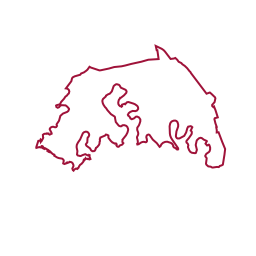 Canada Bay, New South Wales, Australia (Equal Earth projection), rotated 157°
{"feature_id": "25037944B91720609998953", "entity_name": "Canada Bay", "entity_type": "district", "adm_level": 2, "iso_a3": "AUS", "parent_name": "Australia", "parent_adm1": "New South Wales", "projection": "equal_earth", "projection_center": [151.126, -33.849], "detail": "fine", "context": "isolated", "style": "outline", "palette": "rose", "viewbox_px": 256, "rotation_deg": 157, "n_neighbors": 0, "source": "geoboundaries", "source_scale": "gbopen_adm2", "svg_char_len": 5939}
<svg xmlns="http://www.w3.org/2000/svg" viewBox="0 0 256 256"><g transform="rotate(157 128 128)"><path d="M122.4,190.2L130.6,191.8L131.8,192.2L138.5,198.1L139.5,199.4L142.6,197.5L144.2,197.0L146.8,196.4L149.9,196.5L151.1,195.7L157.0,196.4L159.1,196.2L160.1,195.6L161.9,193.2L169.7,188.7L168.3,187.8L167.6,186.2L167.7,184.6L169.0,182.9L170.4,182.5L171.3,181.8L173.4,181.3L175.5,179.9L179.4,178.1L181.1,176.6L182.2,176.5L185.0,176.9L185.4,176.8L185.7,175.3L184.8,174.1L183.3,174.1L181.8,174.9L180.3,175.0L176.6,173.2L175.6,171.4L174.8,168.9L174.9,168.4L176.3,167.0L177.7,166.6L182.2,166.7L185.5,165.6L188.7,161.6L192.0,159.5L192.5,158.9L192.5,157.7L193.7,156.9L194.8,157.1L196.4,158.4L197.4,158.7L198.6,158.7L200.1,158.1L200.6,157.3L200.3,153.6L200.5,152.6L202.7,152.5L203.7,153.8L203.5,154.1L204.1,154.4L204.1,154.2L205.3,154.5L206.7,155.2L207.7,155.3L209.0,155.0L209.8,152.8L209.8,152.2L210.6,151.4L212.4,150.0L212.5,150.2L213.8,149.3L213.6,150.7L212.8,151.4L212.9,151.6L213.7,150.7L215.6,151.2L220.0,146.1L220.1,145.5L217.0,145.1L216.4,144.4L215.8,144.2L214.6,145.1L213.8,144.7L213.6,144.1L214.3,143.3L214.1,143.1L214.4,142.8L213.3,141.5L212.7,142.1L212.4,141.7L212.4,141.9L212.1,141.7L210.2,139.1L211.0,138.3L210.3,137.8L209.7,138.3L209.5,137.9L209.9,137.3L209.6,137.3L209.3,137.5L208.9,136.8L209.5,136.3L209.3,136.1L208.7,136.5L207.5,133.5L206.2,132.2L206.2,131.8L206.7,131.3L204.7,128.5L203.4,127.3L200.7,125.6L200.3,125.1L199.8,123.6L199.9,123.0L201.5,120.7L200.8,119.9L200.6,119.7L197.9,119.5L197.9,120.1L197.6,120.1L197.6,119.5L195.7,119.4L195.1,119.7L194.8,119.4L194.1,119.2L193.2,118.3L192.7,117.1L192.7,115.2L193.1,114.2L195.1,112.4L195.2,110.7L194.8,110.0L193.9,110.6L192.3,111.0L191.9,111.0L191.5,110.6L190.6,110.7L190.4,110.2L190.2,110.3L189.0,110.8L188.2,111.7L186.5,112.8L184.7,113.2L182.5,114.3L181.3,115.2L181.5,115.6L180.9,116.2L180.2,116.2L180.1,115.7L179.9,115.8L179.9,116.2L179.2,116.6L179.3,116.1L178.4,116.0L177.0,115.0L176.7,115.2L175.7,114.1L174.7,114.1L174.5,117.7L174.0,118.0L174.4,118.5L174.9,118.1L175.6,118.4L177.6,120.6L180.4,120.8L182.1,120.7L183.0,120.9L185.0,122.4L185.3,123.5L183.6,126.5L182.9,130.1L182.4,131.3L181.6,132.6L179.7,134.2L176.5,136.2L171.6,140.8L170.2,141.3L168.5,141.2L167.3,140.6L166.5,139.5L166.2,138.0L166.4,136.8L166.9,136.1L167.8,135.3L168.8,135.0L169.3,134.3L171.1,130.7L173.0,129.6L173.3,129.1L173.1,127.7L170.9,124.1L170.7,121.9L169.9,120.6L168.4,120.0L167.4,120.1L166.7,120.6L166.2,121.3L165.7,121.5L165.3,122.2L163.8,122.5L161.3,123.8L160.4,124.7L159.4,126.6L158.9,126.9L158.3,128.8L157.7,129.2L157.2,130.0L152.1,130.0L150.9,130.6L149.9,129.9L149.0,128.8L149.1,128.3L149.7,127.2L149.8,126.4L148.9,122.9L147.9,120.6L147.1,120.0L146.5,118.9L145.2,118.6L144.9,118.2L144.8,117.4L145.4,116.8L145.5,116.5L145.1,115.1L144.4,114.5L143.4,114.5L142.5,115.1L139.7,115.0L138.2,115.9L138.6,116.8L138.6,117.5L138.0,118.4L137.8,119.3L132.6,122.1L130.3,124.0L128.8,125.9L128.3,126.9L128.2,129.1L128.7,130.6L130.2,132.0L131.7,132.6L132.4,132.6L133.2,132.2L134.1,132.4L135.2,133.2L135.7,134.1L136.9,138.3L136.1,142.0L135.8,142.9L135.8,143.7L138.3,147.4L140.0,152.5L140.4,154.8L141.0,156.3L141.5,159.1L141.5,160.8L141.1,162.8L140.6,163.6L139.6,164.5L136.1,165.7L135.6,166.4L133.1,166.8L131.4,166.7L129.2,167.7L128.5,168.1L124.9,172.1L124.0,172.5L122.2,172.9L121.2,172.7L119.5,171.3L119.1,170.4L118.8,167.9L115.4,164.2L115.0,163.2L115.1,162.0L115.9,161.0L119.0,159.6L122.9,158.6L123.4,158.8L123.6,158.4L125.2,157.7L126.3,156.4L127.1,155.1L127.5,153.8L127.4,152.6L126.8,151.2L126.0,150.7L125.7,150.1L125.0,150.3L125.0,151.2L124.4,151.8L121.5,151.6L121.3,151.0L118.8,152.1L117.4,151.7L113.4,148.3L112.2,147.0L111.0,145.0L110.7,144.1L110.7,143.0L111.2,141.6L112.8,140.6L114.5,140.6L117.1,141.9L119.7,141.9L121.5,141.4L123.0,140.2L123.0,139.3L122.4,138.4L121.9,136.6L122.1,135.9L121.1,134.6L118.8,134.5L116.3,135.3L115.2,135.0L113.8,133.5L113.3,131.1L114.0,129.4L115.7,127.4L117.0,126.1L119.3,124.7L120.0,123.3L120.3,122.4L120.4,120.1L120.8,118.7L121.4,117.8L123.3,116.1L123.6,115.1L123.9,113.0L124.3,111.6L125.0,110.1L125.8,109.8L125.8,109.3L125.3,109.4L125.0,109.0L124.6,108.9L121.7,109.5L120.3,109.5L118.8,109.1L117.2,107.9L116.5,107.9L115.6,108.6L115.0,110.5L114.8,112.2L114.2,113.3L112.9,114.1L111.5,113.9L110.9,113.2L109.7,107.6L107.4,102.8L106.3,98.3L105.3,98.5L103.7,99.9L101.6,100.7L99.3,100.7L97.3,100.1L94.3,97.5L94.0,96.8L93.6,96.5L93.2,94.3L93.6,93.3L93.3,92.2L92.2,91.0L91.3,89.1L90.5,88.7L90.0,89.0L89.8,89.9L91.8,99.7L92.2,102.2L92.1,104.6L91.6,106.6L89.0,113.4L87.3,115.8L85.9,116.7L84.7,117.0L83.0,116.9L81.5,116.3L80.7,115.5L80.2,114.3L80.2,113.3L80.5,111.4L81.3,109.7L84.7,106.0L86.8,102.4L87.2,101.4L87.2,100.6L87.0,99.7L86.5,99.0L84.7,98.3L79.3,98.8L76.2,101.2L73.5,104.6L72.1,105.7L69.6,105.2L68.9,104.5L68.5,103.6L71.3,101.1L70.9,100.4L70.8,99.5L71.3,98.3L72.0,97.4L76.0,94.9L79.0,93.4L79.6,92.7L79.8,91.7L79.2,90.5L79.1,89.5L79.3,88.3L80.1,87.4L80.3,86.8L80.4,83.8L80.0,81.8L79.4,80.9L78.8,80.2L76.1,78.6L75.2,78.6L73.1,81.0L72.3,85.9L69.9,89.3L69.0,90.0L66.6,90.8L65.2,90.7L64.1,90.0L62.8,87.7L60.6,85.3L60.6,85.0L62.8,83.3L62.0,81.0L60.1,81.1L59.9,80.7L59.8,80.3L60.0,78.0L60.7,76.3L61.9,74.8L62.8,74.3L66.0,73.6L67.7,72.3L67.9,71.6L67.4,69.8L67.5,69.2L70.1,64.8L70.2,64.2L70.1,63.4L69.1,61.3L67.0,60.1L66.1,58.9L65.5,58.5L61.3,57.4L59.8,56.6L59.2,56.7L58.4,57.2L56.4,57.0L55.0,57.2L49.6,65.8L46.8,70.7L46.7,78.7L46.3,88.7L48.1,89.2L47.1,91.4L46.5,94.3L45.9,94.3L45.7,98.1L45.0,102.4L44.3,103.1L41.2,102.7L40.5,110.3L40.4,114.2L41.3,113.9L41.9,115.4L41.5,116.4L38.2,118.0L36.0,121.1L35.9,122.2L37.8,126.7L38.8,128.7L42.3,128.9L48.6,154.0L48.7,155.3L49.1,156.0L50.2,160.0L51.5,163.0L53.1,165.5L53.5,166.9L55.5,169.2L56.0,171.5L57.1,174.0L58.5,174.0L61.8,174.9L64.1,183.9L64.8,185.8L66.0,187.7L70.4,192.7L71.2,188.4L70.6,188.1L72.9,179.5L82.6,182.9L89.8,183.8L99.9,185.7L106.1,186.6L109.8,187.3L116.9,189.5L122.4,190.2Z" fill="none" stroke="#9f1239" stroke-width="2"/></g></svg>